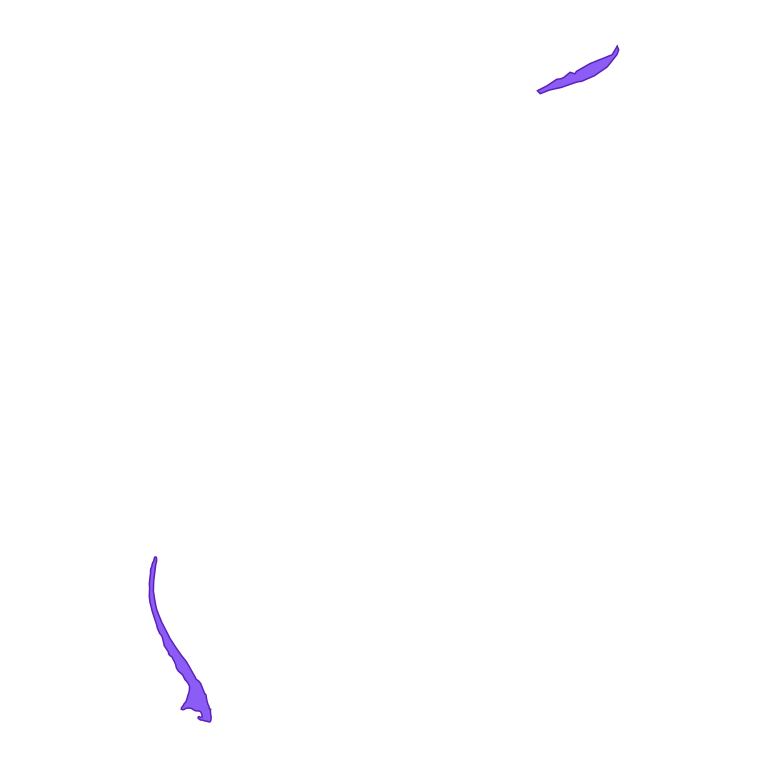 Funafala, Tuvalu (Mercator projection)
{"feature_id": "33948139B32530222463199", "entity_name": "Funafala", "entity_type": "district", "adm_level": 2, "iso_a3": "TUV", "parent_name": "Tuvalu", "parent_adm1": "", "projection": "mercator", "projection_center": [179.105, -8.593], "detail": "fine", "context": "isolated", "style": "filled", "palette": "violet", "viewbox_px": 768, "rotation_deg": 0, "n_neighbors": 0, "source": "geoboundaries", "source_scale": "gbopen_adm2", "svg_char_len": 2521}
<svg xmlns="http://www.w3.org/2000/svg" viewBox="0 0 768 768"><path d="M196.7,679.6L195.9,678.9L195.4,677.6L194.6,676.0L193.9,674.9L186.5,661.8L181.4,655.4L176.2,648.0L169.9,638.3L169.1,636.6L168.2,634.8L163.2,625.1L161.9,622.6L158.3,613.8L156.6,609.1L155.8,605.6L154.7,599.7L153.4,591.1L153.7,581.0L155.7,565.0L156.6,560.9L156.6,559.1L156.5,558.0L156.2,557.2L155.6,556.9L155.0,557.0L154.6,557.5L154.3,558.1L154.2,558.9L153.9,559.8L153.7,561.1L153.1,561.9L152.8,562.4L152.3,563.8L152.1,564.7L151.8,566.3L151.4,567.4L151.1,568.0L150.8,568.8L150.7,569.7L150.5,570.5L150.5,571.4L150.5,572.6L150.5,573.5L149.7,579.9L149.3,583.8L149.6,588.0L149.3,596.5L149.9,601.8L152.1,610.8L153.5,615.3L156.5,624.3L156.9,626.1L157.5,628.5L159.8,633.6L160.6,634.4L161.8,636.2L162.7,638.8L164.3,645.8L167.5,650.6L168.7,652.8L168.5,653.8L169.9,655.6L171.6,656.6L172.5,657.9L173.5,660.1L174.6,662.0L175.6,664.5L176.4,667.9L178.1,670.8L180.0,672.6L181.6,673.9L183.0,675.5L184.1,677.9L185.1,679.8L186.6,681.3L188.0,683.2L188.4,684.0L188.8,684.6L189.3,685.8L189.5,686.9L189.5,688.5L189.3,690.1L189.2,691.5L188.4,693.9L187.9,695.4L187.0,698.7L186.4,700.6L185.4,702.3L184.2,703.6L183.5,704.9L183.1,705.7L182.8,706.1L182.1,706.9L181.8,707.4L181.6,707.6L181.4,708.1L181.3,708.7L181.2,709.2L181.6,709.4L182.2,709.6L182.6,709.7L183.4,709.7L184.3,709.4L185.7,708.5L186.5,708.3L187.9,708.1L189.0,708.1L190.7,708.2L192.2,708.9L192.9,709.4L194.2,710.2L195.6,710.8L197.0,710.9L198.3,711.0L199.4,711.1L200.3,711.6L201.0,712.4L201.5,713.6L201.8,714.5L202.1,715.6L202.2,716.4L202.0,717.1L201.5,717.3L200.9,717.2L200.3,717.1L199.4,716.6L198.6,716.7L198.2,717.2L198.0,717.7L198.2,718.3L198.6,718.7L199.3,719.2L200.5,720.0L201.7,720.1L203.2,720.3L204.4,720.9L205.9,721.1L207.2,721.4L208.4,721.8L209.9,721.9L210.6,721.0L210.9,720.0L211.1,718.9L211.1,717.5L211.1,716.3L210.8,715.5L210.7,714.3L210.6,713.2L210.5,711.9L210.4,710.6L210.5,709.9L210.7,709.3L210.3,709.1L209.9,708.9L209.3,708.5L209.3,707.6L209.1,707.2L208.7,705.6L208.0,704.6L207.7,703.4L207.3,702.1L207.0,700.8L206.7,699.5L206.4,697.5L206.1,695.8L205.9,694.8L205.6,694.2L205.1,693.9L204.7,693.7L204.3,692.7L201.4,685.3L200.6,683.4L199.7,682.3L198.6,680.9L197.6,680.3L196.7,679.6ZM616.2,47.9L612.2,54.7L599.1,59.9L590.0,63.6L576.4,71.4L574.9,73.8L570.1,72.3L563.6,77.6L560.7,78.8L556.7,79.3L547.0,85.8L537.4,90.7L540.2,93.7L549.3,90.1L561.7,87.3L572.9,83.4L577.0,82.0L581.9,81.2L594.5,75.7L607.2,66.9L616.9,54.7L618.7,49.8L617.2,46.1L616.2,47.9Z" fill="#8b5cf6" stroke="#5b21b6" stroke-width="1.5"/></svg>